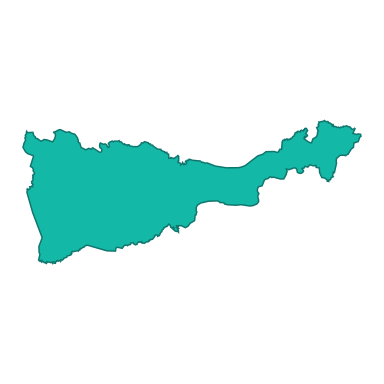 outline of Bueng Sam Phan, Phetchabun, Thailand
{"feature_id": "78962969B41287674230376", "entity_name": "Bueng Sam Phan", "entity_type": "district", "adm_level": 2, "iso_a3": "THA", "parent_name": "Thailand", "parent_adm1": "Phetchabun", "projection": "mercator", "projection_center": [101.036, 15.826], "detail": "fine", "context": "isolated", "style": "filled", "palette": "teal", "viewbox_px": 384, "rotation_deg": 0, "n_neighbors": 0, "source": "geoboundaries", "source_scale": "gbopen_adm2", "svg_char_len": 5985}
<svg xmlns="http://www.w3.org/2000/svg" viewBox="0 0 384 384"><path d="M355.0,128.7L354.6,128.3L353.7,129.2L352.2,129.3L349.8,126.9L347.8,126.5L346.7,125.8L344.9,126.4L343.3,126.2L343.3,127.0L340.6,127.2L340.0,127.9L338.4,127.1L337.3,127.5L335.7,126.6L333.8,126.6L333.7,126.0L332.8,126.1L333.0,125.3L332.5,125.7L332.4,124.6L331.7,124.8L331.0,123.6L329.7,122.9L328.5,123.0L328.7,122.5L327.9,121.5L325.7,121.7L324.5,120.5L322.5,121.6L321.3,121.5L319.8,122.2L319.0,121.9L319.0,123.2L318.2,124.3L318.3,125.4L318.8,125.7L317.6,127.4L316.7,127.5L318.2,131.2L317.6,132.2L317.3,135.0L316.3,136.9L312.9,138.9L311.6,142.7L310.8,142.9L308.5,142.0L304.1,138.9L304.1,138.2L304.6,138.4L305.0,137.9L304.6,136.5L305.1,136.3L305.9,137.1L307.5,135.8L307.4,135.2L305.7,133.7L307.6,130.4L306.2,128.9L306.4,128.5L305.4,128.3L304.7,128.6L304.5,129.7L303.7,129.8L303.4,130.9L301.3,130.2L300.3,131.0L300.4,131.8L297.8,131.3L297.0,131.8L297.0,132.6L296.4,132.3L295.2,132.9L295.1,134.0L294.6,134.3L294.1,135.9L292.9,136.5L291.6,138.4L290.8,138.4L290.6,139.2L289.2,139.1L289.2,139.5L287.7,140.0L287.4,139.1L286.9,138.9L285.8,139.6L284.8,139.4L284.6,140.4L283.3,140.0L282.2,141.6L281.6,149.4L279.9,149.2L278.2,152.2L276.5,152.3L274.2,151.5L266.0,151.7L262.8,154.2L257.8,155.9L245.2,165.6L242.0,166.9L238.6,167.7L226.3,167.8L215.4,166.1L207.1,162.9L205.5,163.2L202.7,162.2L202.1,162.5L200.2,161.0L192.7,160.3L189.1,159.2L188.4,160.5L187.2,160.2L186.7,161.3L185.9,161.0L185.5,161.4L185.6,162.0L186.4,162.1L186.5,163.8L185.0,164.4L184.4,163.6L183.8,164.5L182.6,162.5L182.1,164.0L181.1,164.2L180.8,164.8L180.4,163.2L178.1,162.5L178.0,161.3L178.7,161.1L178.7,156.3L177.9,155.5L177.3,155.9L176.8,157.0L175.9,157.1L174.0,158.5L170.8,157.5L170.5,158.2L168.8,158.3L168.6,154.2L167.0,153.6L166.9,152.4L164.6,152.6L164.6,151.7L161.3,150.6L161.0,149.4L157.6,149.1L153.4,146.3L152.7,145.2L150.7,145.0L150.5,144.0L148.7,143.7L148.4,142.8L144.4,141.7L143.2,142.9L141.5,142.8L140.6,144.5L137.8,146.6L133.0,146.6L129.8,145.9L129.4,145.0L128.5,144.7L127.8,145.4L127.7,144.9L125.7,144.9L124.5,143.8L123.8,144.3L122.9,143.8L121.1,141.8L119.5,141.8L119.2,140.7L117.6,141.2L114.4,141.1L113.4,141.9L112.2,141.0L109.6,142.2L108.4,143.4L109.2,145.3L108.8,147.4L107.3,146.8L106.9,145.1L105.2,143.9L103.5,144.3L100.4,143.0L100.0,143.3L99.6,146.1L100.0,147.7L101.5,148.7L101.8,150.7L101.0,152.2L99.8,152.4L92.9,147.9L92.4,147.9L91.5,149.2L88.7,148.4L85.9,149.8L81.1,147.5L79.8,143.0L78.3,142.3L78.3,140.3L77.4,137.8L74.9,134.2L71.7,133.4L69.3,131.8L66.3,132.4L60.3,129.6L58.9,129.8L57.9,130.6L57.4,130.4L56.1,131.6L55.1,131.5L54.6,132.2L53.8,132.1L53.7,132.6L54.8,132.8L55.2,133.7L55.5,136.1L54.5,139.0L52.6,141.9L47.0,139.9L43.8,139.5L42.8,140.5L40.8,141.1L37.2,138.5L35.6,138.2L35.1,136.6L33.8,135.7L32.9,132.3L28.2,132.6L27.0,132.3L26.7,131.4L26.3,132.2L26.6,133.4L25.3,135.2L25.8,136.7L25.0,137.5L25.1,138.8L25.5,139.1L25.4,140.6L24.0,143.3L23.0,147.4L25.5,151.8L27.8,153.7L32.9,155.5L33.5,156.2L30.4,166.4L32.5,167.6L33.5,169.8L33.1,170.5L33.5,171.5L34.5,172.6L34.3,174.2L33.3,174.4L32.8,175.5L33.2,175.8L32.9,176.6L33.2,176.9L32.6,178.1L33.1,178.9L33.0,180.0L31.6,181.6L32.0,182.6L31.7,183.1L33.1,184.3L32.1,185.5L32.6,186.6L29.8,186.7L30.0,188.8L28.5,189.7L27.9,189.0L27.7,189.6L27.1,189.5L27.4,190.1L26.9,192.2L32.7,212.6L42.2,237.7L38.9,246.5L39.1,252.4L39.9,254.2L38.6,260.1L39.5,260.9L40.0,260.7L40.2,261.2L40.9,260.6L41.5,261.8L42.0,260.9L42.3,261.8L43.2,261.7L44.3,262.7L45.1,262.5L46.3,263.5L46.9,262.8L46.5,262.1L47.1,261.6L50.6,262.6L51.8,262.4L52.4,263.1L52.4,262.3L53.0,262.6L53.5,262.0L54.2,263.2L55.3,263.3L55.0,262.1L56.5,261.6L56.7,260.9L57.1,261.1L57.6,260.5L58.7,261.2L60.7,260.0L60.8,261.1L61.7,259.9L62.5,260.0L63.6,259.0L63.9,258.0L65.8,257.7L67.0,256.9L67.2,256.0L70.5,255.1L71.3,254.5L71.6,253.9L71.2,253.3L71.7,253.1L71.4,252.6L72.3,251.4L73.1,251.7L77.5,250.7L78.4,251.1L78.8,250.3L79.9,249.9L79.8,249.1L80.5,248.6L80.9,248.8L82.6,247.5L83.9,247.3L84.7,246.2L87.1,245.1L106.9,250.8L115.5,251.1L115.9,248.2L117.2,247.2L122.2,248.3L124.3,245.4L126.2,245.1L127.6,245.7L128.2,245.0L130.5,244.5L130.8,243.0L133.4,242.8L134.1,244.2L135.5,244.8L137.0,244.4L137.0,243.5L138.8,241.8L139.9,242.3L141.4,241.7L141.6,242.7L142.2,242.4L142.6,243.1L144.6,243.2L146.5,241.8L148.2,241.8L148.6,240.9L149.3,241.0L149.8,239.7L150.7,239.9L151.3,239.4L152.6,239.2L154.7,236.5L154.5,236.0L156.0,234.9L157.8,235.3L157.7,236.3L159.4,235.5L160.7,232.4L161.8,231.7L162.0,230.2L163.4,229.1L163.7,228.1L164.4,227.8L164.4,227.4L167.0,226.4L167.0,225.9L167.7,225.7L168.7,224.1L170.3,225.4L170.8,227.3L172.0,227.6L172.0,228.1L172.9,228.1L173.6,227.3L173.8,228.9L173.2,229.3L175.1,231.0L177.0,231.5L177.7,231.2L178.5,232.1L178.5,230.8L177.8,229.7L178.7,228.5L177.1,227.8L177.9,227.7L178.3,226.4L176.8,226.7L176.6,225.7L181.5,225.7L185.3,227.7L188.1,226.1L190.1,223.3L194.6,220.6L195.1,215.4L196.0,214.9L196.8,211.9L196.0,210.2L196.4,209.1L196.1,207.8L197.4,205.2L200.8,203.0L208.5,201.2L217.0,200.9L218.5,201.2L220.1,202.6L222.5,202.6L224.5,203.3L224.6,204.0L227.8,204.8L236.3,205.2L241.2,204.7L249.9,206.0L253.0,205.6L256.8,204.0L258.6,201.8L258.6,199.8L257.8,197.1L258.0,195.2L258.9,193.6L257.3,191.2L257.6,188.4L258.5,186.8L262.1,185.8L264.3,180.3L265.7,179.1L267.9,178.6L270.1,176.7L271.9,177.5L273.4,177.1L280.4,179.0L283.8,178.9L286.0,174.9L287.1,171.3L286.4,169.0L288.9,169.7L294.1,167.9L295.4,168.0L296.6,169.0L297.5,172.5L299.8,173.4L301.7,173.1L303.4,171.6L303.5,170.8L302.0,168.5L304.1,168.0L305.0,166.3L307.8,167.1L309.9,164.8L313.6,165.9L315.8,165.5L316.2,165.8L316.1,167.4L319.3,167.9L319.6,172.6L321.8,177.5L324.8,178.1L327.2,180.0L327.2,181.2L328.8,181.5L328.8,179.9L330.5,179.7L331.0,177.9L333.2,176.7L332.6,176.1L333.3,172.2L334.4,172.6L336.5,163.2L336.2,160.9L336.5,158.5L340.1,155.3L343.7,155.2L345.7,155.7L346.5,154.8L348.0,154.3L351.2,149.1L353.5,147.3L353.9,143.0L358.2,141.6L359.8,137.2L361.0,136.3L360.6,134.3L358.1,133.9L356.6,134.5L352.9,133.4L355.0,128.7Z" fill="#14b8a6" stroke="#0f766e" stroke-width="1.5"/></svg>